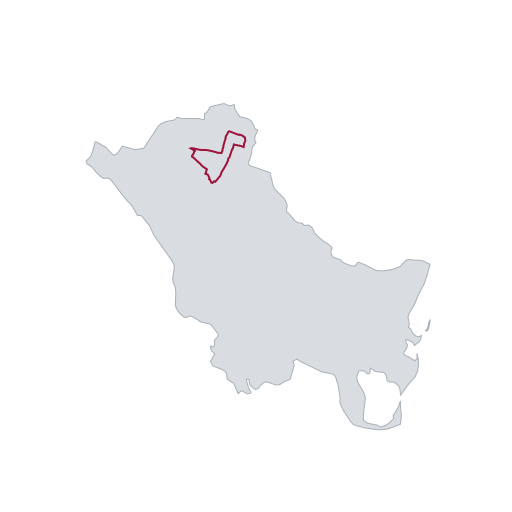 location of Turkmengala, Mary, Turkmenistan, rotated 199°
{"feature_id": "10190150B49648436133803", "entity_name": "Turkmengala", "entity_type": "district", "adm_level": 2, "iso_a3": "TKM", "parent_name": "Turkmenistan", "parent_adm1": "Mary", "projection": "albers", "projection_center": [62.147, 36.684], "detail": "fine", "context": "in_parent", "style": "outline", "palette": "rose", "viewbox_px": 512, "rotation_deg": 199, "n_neighbors": 0, "source": "geoboundaries", "source_scale": "gbopen_adm2", "svg_char_len": 4966}
<svg xmlns="http://www.w3.org/2000/svg" viewBox="0 0 512 512"><g transform="rotate(199 256 256)"><path d="M156.1,167.9L177.4,170.4L183.9,171.7L186.7,168.7L186.6,168.0L185.7,167.3L184.2,165.0L183.6,150.6L185.5,148.6L187.7,147.2L191.0,142.9L192.7,141.6L195.2,140.5L203.3,140.6L206.7,139.9L209.8,134.9L210.6,131.9L212.9,129.6L214.1,129.7L219.5,132.0L220.6,133.1L222.3,136.9L224.4,136.7L224.7,136.1L224.5,135.3L223.0,132.9L219.8,128.5L216.5,125.7L216.3,124.8L219.2,122.8L224.9,123.9L226.4,123.3L228.0,119.9L235.3,127.9L236.7,128.7L242.7,129.9L243.7,131.0L245.6,135.5L247.7,136.7L250.2,137.6L261.0,138.0L264.3,141.1L264.8,141.8L264.1,143.9L263.8,147.9L262.9,149.5L263.4,150.2L267.3,151.9L269.5,154.6L269.7,155.7L269.0,156.4L267.2,156.0L266.3,157.1L266.3,159.2L267.5,161.2L267.8,163.0L265.9,167.2L265.8,168.9L266.4,169.9L276.1,176.4L277.7,176.6L287.2,175.6L288.9,176.4L297.2,177.9L299.6,177.7L301.1,175.7L302.7,174.9L304.1,174.8L308.0,176.1L312.2,178.9L315.0,181.4L316.3,183.6L320.1,195.9L322.7,201.0L325.6,203.6L327.7,208.4L329.6,218.9L330.7,221.1L335.3,225.2L359.0,242.1L366.2,249.7L377.4,256.8L381.5,255.9L390.3,263.6L395.9,266.4L403.2,270.9L418.5,281.1L421.7,281.4L425.3,279.8L428.5,280.5L434.3,283.1L440.5,286.9L445.7,288.1L447.3,289.9L447.4,290.8L444.7,296.2L444.6,302.8L445.3,311.7L443.9,311.9L433.5,309.9L423.6,304.8L421.4,306.6L420.3,308.5L418.1,316.3L404.9,317.2L397.3,321.2L390.8,346.5L389.3,349.6L385.0,353.8L377.5,358.0L376.4,359.6L376.1,361.1L375.2,361.6L371.0,361.7L354.9,367.4L351.3,367.5L349.9,367.9L349.3,368.9L351.1,373.9L349.7,375.3L348.7,377.8L347.9,382.2L337.3,389.0L335.0,389.8L330.7,389.2L328.5,389.9L326.2,392.1L325.2,391.4L324.6,389.3L323.5,387.8L316.8,382.4L309.1,383.2L306.3,382.7L304.0,381.8L300.5,378.7L298.3,375.7L295.9,376.0L295.3,374.6L295.2,372.9L295.9,370.9L295.7,367.2L294.4,364.4L292.9,363.3L294.7,358.9L294.7,355.7L293.7,352.1L293.3,347.0L293.6,342.1L292.2,339.5L270.0,339.4L262.3,327.6L259.1,324.8L248.2,319.6L245.3,316.9L242.9,313.9L242.3,310.0L241.2,307.6L239.5,307.2L231.1,302.3L227.7,301.0L223.0,302.0L220.2,300.6L216.9,302.2L215.5,302.3L212.1,301.0L207.9,296.7L204.4,294.9L196.9,291.9L191.6,290.8L187.0,289.0L186.6,288.3L186.6,284.8L186.0,283.3L184.8,281.5L183.0,280.1L175.0,279.8L171.4,278.3L168.4,277.9L162.0,277.7L159.9,278.6L158.6,279.6L157.7,283.0L157.0,283.5L150.7,283.2L137.6,281.5L131.9,282.9L123.0,287.5L117.8,291.6L116.2,293.4L112.7,301.0L111.3,302.1L109.5,302.8L107.8,302.9L99.7,305.3L96.6,305.8L88.8,304.7L87.9,293.0L88.0,283.8L90.0,271.2L90.3,263.0L92.6,250.7L92.4,247.7L88.9,241.9L88.7,238.1L86.3,237.6L82.7,234.1L79.0,232.5L77.1,232.3L75.3,233.0L73.8,234.7L73.2,231.8L73.5,228.7L77.1,222.8L78.9,224.8L81.1,225.7L87.0,225.9L86.6,223.7L83.8,221.2L83.5,218.4L83.9,215.4L85.0,212.7L84.2,211.6L82.9,210.7L79.7,210.5L71.6,208.7L70.4,211.9L72.2,216.4L68.9,211.1L66.9,205.9L65.8,199.9L66.2,193.5L70.3,183.7L74.0,171.5L76.6,177.0L78.7,179.5L83.6,181.5L86.1,181.3L88.8,180.2L91.3,180.9L94.9,186.6L97.7,187.5L103.7,185.9L106.6,185.7L109.0,186.8L111.5,187.1L110.6,184.4L110.3,181.9L111.9,180.8L116.5,182.5L120.3,181.4L121.0,180.8L121.5,178.7L121.3,174.4L120.6,172.5L118.7,169.8L110.9,163.1L108.4,160.5L106.3,157.2L103.6,144.6L101.5,136.5L100.4,135.4L95.7,134.3L86.6,135.5L83.4,134.7L81.9,135.4L77.9,138.4L75.9,141.1L72.9,147.3L74.5,149.6L72.0,160.4L72.4,165.2L72.1,165.5L69.9,159.4L66.8,153.2L64.6,144.1L70.6,138.8L75.6,135.2L80.7,132.6L86.1,131.0L97.8,128.8L104.3,128.2L109.4,128.5L113.3,130.7L123.4,138.7L127.8,143.1L129.0,144.8L130.0,148.8L137.0,161.8L138.7,163.7L141.5,167.9L144.4,169.3L156.1,167.9ZM71.0,251.0L70.6,252.6L69.5,247.5L69.3,241.9L70.4,240.4L71.5,240.6L70.3,242.5L71.0,251.0Z" fill="#d9dde1" stroke="#a8b0b8" stroke-width="1"/><path d="M322.3,311.1L322.1,311.0L322.1,310.9L321.1,310.9L320.9,310.9L320.3,312.2L320.0,313.0L318.8,312.9L318.7,312.9L318.3,314.0L316.0,319.9L315.9,320.1L315.8,324.8L315.7,325.0L314.9,328.1L314.3,331.4L313.8,334.4L313.6,337.3L313.7,337.8L314.0,339.3L313.2,340.5L313.3,344.8L313.3,349.3L312.9,349.7L313.2,354.3L312.4,354.3L309.6,354.6L308.3,354.8L305.7,355.1L304.9,355.1L303.7,354.9L303.2,354.9L303.5,357.3L303.7,357.7L303.9,358.1L303.6,361.5L304.5,363.3L305.2,364.6L306.4,364.6L307.1,365.2L307.2,365.3L307.7,365.3L308.1,365.4L311.0,365.5L311.3,365.0L311.4,364.9L322.0,365.2L322.2,364.9L322.8,363.7L322.8,362.4L323.0,361.8L323.0,361.0L323.4,360.3L323.4,357.9L323.3,357.5L322.9,357.1L323.0,353.4L322.9,352.8L322.8,352.5L322.8,352.1L322.8,349.8L322.6,349.3L322.4,348.9L322.4,347.4L322.4,345.9L322.1,345.1L322.0,344.7L322.2,342.7L322.2,342.0L324.0,341.7L325.0,341.4L326.1,341.0L327.2,341.2L328.7,341.1L335.4,340.4L337.2,340.1L343.2,338.2L348.4,337.6L351.0,337.2L351.8,337.1L352.7,336.5L347.9,335.5L348.5,334.2L348.3,332.8L348.5,331.9L348.6,331.3L349.1,330.2L348.9,329.1L346.8,328.6L344.8,327.6L340.6,325.8L338.5,324.9L336.3,323.6L330.7,322.0L330.6,317.3L328.2,317.3L325.5,314.7L325.4,313.4L324.7,313.4L322.4,311.3L322.3,311.1Z" fill="none" stroke="#9f1239" stroke-width="2"/></g></svg>